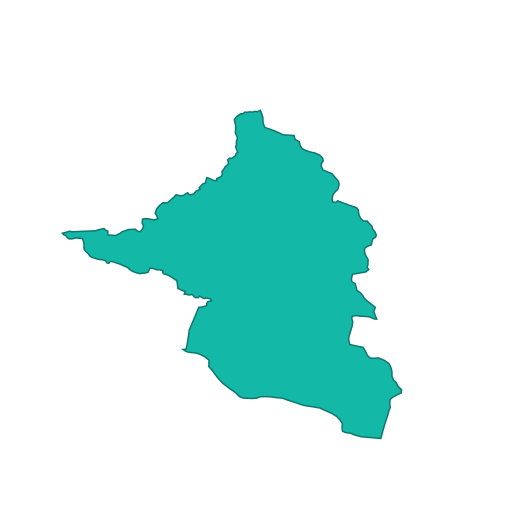 Kemaman, Terengganu, Malaysia (Natural Earth projection), rotated 113°
{"feature_id": "92858781B85628090125570", "entity_name": "Kemaman", "entity_type": "district", "adm_level": 2, "iso_a3": "MYS", "parent_name": "Malaysia", "parent_adm1": "Terengganu", "projection": "natural_earth1", "projection_center": [103.21, 4.239], "detail": "fine", "context": "isolated", "style": "filled", "palette": "teal", "viewbox_px": 512, "rotation_deg": 113, "n_neighbors": 0, "source": "geoboundaries", "source_scale": "gbopen_adm2", "svg_char_len": 4254}
<svg xmlns="http://www.w3.org/2000/svg" viewBox="0 0 512 512"><g transform="rotate(113 256 256)"><path d="M180.4,167.1L181.8,170.9L180.7,173.9L178.6,176.6L175.7,178.8L173.6,179.7L172.3,182.4L172.8,190.0L173.1,195.8L173.3,202.4L175.7,203.7L176.2,207.0L172.8,208.5L169.1,209.1L165.2,207.9L162.8,206.7L158.1,207.3L155.2,209.1L150.5,218.2L150.7,227.9L147.6,231.3L145.2,231.9L142.1,231.3L140.0,232.8L138.4,236.1L138.1,241.3L138.9,245.9L139.4,250.4L139.2,255.3L137.1,258.6L133.9,260.7L133.4,265.6L130.2,268.0L132.1,273.5L133.9,278.6L133.6,282.9L133.6,288.7L134.2,298.1L131.1,301.2L128.8,302.4L126.1,303.6L122.4,306.7L120.2,309.0L122.6,310.9L123.2,313.3L125.1,315.8L125.6,317.9L127.4,320.7L127.8,322.4L130.1,323.6L131.1,325.7L135.0,328.2L136.6,328.6L138.9,329.2L142.1,327.1L143.4,325.9L145.6,324.9L148.1,324.0L151.0,323.0L152.3,321.4L154.0,319.7L155.9,318.9L157.9,318.9L159.6,318.3L161.3,317.4L163.3,317.5L164.6,316.4L166.0,315.0L167.7,313.3L169.5,314.4L171.2,313.9L175.4,316.2L176.2,318.5L178.8,319.7L179.9,318.5L182.0,317.4L184.3,318.3L186.2,319.3L189.2,319.7L191.7,320.3L193.1,319.3L195.8,318.9L198.4,320.7L200.0,322.4L202.0,321.6L203.0,324.5L202.8,328.8L203.0,331.9L205.3,331.7L208.4,331.0L210.4,333.1L215.4,335.0L216.6,333.5L217.8,334.8L219.8,336.6L223.0,337.4L225.4,340.1L225.4,342.2L224.5,343.6L226.2,345.1L228.7,346.5L230.2,349.6L230.8,353.5L233.5,354.3L237.0,356.1L241.7,358.2L243.3,362.4L246.7,364.3L251.2,365.8L256.1,365.5L258.0,362.8L260.1,360.9L262.5,363.7L263.5,367.9L264.6,372.2L266.4,374.9L270.1,373.7L272.2,371.3L274.8,371.0L278.8,371.9L279.5,374.3L278.5,377.6L281.6,384.0L284.1,386.5L285.9,388.7L288.1,389.8L289.3,391.0L291.8,392.9L292.7,395.3L294.5,400.5L292.2,401.7L291.0,402.1L291.0,404.6L290.1,406.6L290.8,407.7L292.3,409.7L294.0,412.0L295.5,413.6L305.8,435.3L305.8,436.9L310.7,443.1L311.5,441.7L311.5,439.2L312.9,436.9L313.2,434.5L312.4,432.6L311.2,430.7L309.7,428.9L307.8,422.5L309.5,420.9L312.4,418.8L315.2,417.8L317.2,416.7L318.4,414.3L319.4,411.4L320.8,409.3L321.4,406.9L321.1,404.2L320.9,401.3L320.4,398.8L319.4,395.7L319.1,392.9L320.6,390.4L320.3,388.7L318.2,388.3L317.4,386.7L317.1,383.2L316.7,379.2L316.7,376.6L316.7,371.2L316.9,369.0L317.9,366.7L318.4,363.6L318.2,359.9L317.7,356.0L316.1,353.5L314.9,351.2L313.0,349.0L308.3,348.8L307.5,344.2L307.5,341.8L306.3,339.3L305.8,336.0L307.3,335.8L308.5,334.3L308.0,330.8L308.1,327.7L308.8,323.6L309.7,319.1L316.4,315.2L316.3,312.7L316.7,311.0L316.2,307.4L319.3,307.0L318.5,305.8L318.4,303.8L317.8,301.8L316.6,300.3L316.7,298.5L317.6,297.2L318.1,295.9L316.8,292.8L315.0,292.5L315.1,290.8L315.4,288.5L315.3,286.6L314.1,285.4L313.7,283.1L313.2,281.1L314.6,279.5L315.7,281.1L317.1,282.5L319.0,282.8L320.4,282.0L321.2,282.3L322.4,283.7L323.7,285.1L325.5,288.6L350.1,288.5L356.0,286.9L364.8,284.7L369.1,284.0L370.5,286.7L371.0,284.4L371.1,281.6L370.5,279.0L369.6,276.2L368.6,272.6L368.4,267.7L368.7,263.8L370.2,258.6L373.9,257.1L376.3,256.2L378.4,251.6L380.5,248.0L382.6,244.6L384.4,240.7L386.0,237.4L387.3,232.5L388.4,227.9L389.9,221.0L391.8,216.7L391.8,212.2L388.6,203.7L386.5,199.7L384.2,197.6L382.6,194.3L380.2,188.5L378.4,181.8L376.5,176.0L376.3,170.9L375.5,162.4L375.2,156.9L374.7,153.0L373.6,148.4L372.3,143.6L371.0,137.8L371.3,124.4L372.3,118.7L374.2,114.4L376.5,111.1L379.9,109.9L383.4,108.1L383.6,104.7L382.3,100.2L382.1,94.4L381.3,88.6L375.2,69.8L362.3,71.6L351.6,72.5L346.6,73.2L343.1,73.2L340.0,75.0L335.8,76.5L332.6,75.0L328.7,71.9L325.5,68.9L322.1,69.8L320.5,74.4L317.4,78.0L316.6,80.7L313.7,83.8L309.0,85.9L305.8,88.3L303.2,91.4L301.9,97.1L301.9,103.2L304.0,107.4L305.3,110.8L304.0,114.7L301.1,117.8L298.2,121.7L299.3,126.9L300.3,132.3L300.8,135.1L297.2,137.8L293.7,139.0L288.0,139.6L282.2,140.2L278.5,141.4L276.4,143.3L273.8,143.9L271.7,140.5L270.6,136.3L269.3,132.9L267.7,128.1L267.7,122.3L266.9,120.2L264.3,122.9L260.9,126.0L256.7,126.0L255.4,130.5L254.0,136.0L252.5,139.9L250.4,142.7L249.1,145.4L248.3,149.6L245.4,151.8L242.7,153.9L242.2,157.8L239.6,159.3L235.1,160.0L231.7,154.8L227.8,148.7L224.3,146.9L223.0,149.3L220.1,149.6L215.4,151.5L212.3,155.7L209.6,157.8L206.5,159.0L203.6,157.2L200.7,154.2L197.8,154.8L194.1,155.1L192.3,153.3L189.9,153.3L187.5,155.7L185.7,159.0L183.3,160.9L180.7,166.9L180.4,167.1Z" fill="#14b8a6" stroke="#0f766e" stroke-width="1.5"/></g></svg>